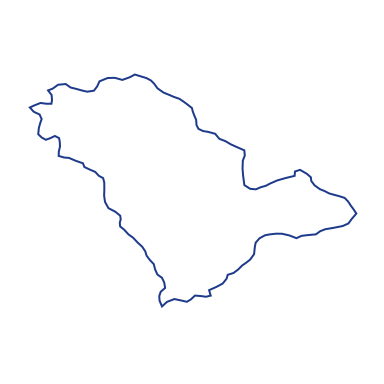 outline of Itapeva, Minas Gerais, Brazil, rotated 272°
{"feature_id": "56859067B98059266362656", "entity_name": "Itapeva", "entity_type": "district", "adm_level": 2, "iso_a3": "BRA", "parent_name": "Brazil", "parent_adm1": "Minas Gerais", "projection": "equal_earth", "projection_center": [-46.209, -22.707], "detail": "fine", "context": "isolated", "style": "outline", "palette": "blue", "viewbox_px": 384, "rotation_deg": 272, "n_neighbors": 0, "source": "geoboundaries", "source_scale": "gbopen_adm2", "svg_char_len": 2137}
<svg xmlns="http://www.w3.org/2000/svg" viewBox="0 0 384 384"><g transform="rotate(272 192 192)"><path d="M307.4,130.8L304.5,125.8L301.6,118.5L303.4,110.9L303.0,103.8L299.4,95.7L294.1,93.5L289.8,90.4L288.6,83.8L289.6,78.5L291.0,72.7L292.2,67.0L295.5,62.0L294.5,54.4L290.4,49.1L288.5,44.6L284.1,48.3L279.0,48.9L275.3,48.4L275.1,43.4L275.7,37.5L273.0,31.3L270.8,27.0L266.7,31.0L264.1,37.0L259.6,39.2L255.9,38.0L250.6,36.7L244.4,36.3L241.2,39.9L239.1,44.1L240.8,48.4L243.2,53.0L241.2,57.3L237.5,58.1L233.0,58.5L227.7,57.5L223.4,57.5L222.0,63.0L221.8,67.8L219.1,74.8L216.9,82.0L213.2,83.6L211.0,88.7L208.7,94.6L204.9,98.4L202.8,102.7L198.3,104.0L191.2,104.3L185.3,104.3L179.1,105.4L173.0,109.0L169.5,116.2L165.8,121.1L162.2,121.7L158.7,120.9L155.0,121.4L152.2,125.3L147.4,130.0L144.2,134.8L139.7,139.3L135.5,144.2L131.0,147.4L126.7,148.9L122.4,152.4L118.6,156.3L113.2,157.9L108.3,160.3L105.2,165.0L100.5,167.4L95.2,168.5L91.2,164.2L86.8,162.9L82.2,163.4L76.6,166.0L81.3,170.8L84.4,178.1L83.2,185.0L82.1,190.7L84.5,194.5L88.6,198.6L88.3,204.7L87.8,209.6L89.1,214.3L94.5,212.5L98.0,219.7L101.6,225.9L106.6,229.6L110.5,230.6L112.5,236.3L116.2,240.9L120.3,244.7L122.9,248.2L126.4,252.4L132.0,256.2L139.1,256.7L143.6,257.4L148.1,261.1L151.3,266.5L152.4,271.4L153.3,277.7L153.4,283.4L152.0,290.8L149.5,298.0L152.0,303.0L153.0,309.4L154.0,317.3L157.3,321.5L159.4,326.3L160.7,332.7L161.9,338.1L163.3,343.9L166.0,349.4L170.3,352.3L176.2,357.0L180.8,353.7L183.9,351.2L187.9,348.4L191.4,344.8L193.0,339.2L194.2,333.9L195.4,329.0L197.5,324.7L199.3,319.7L203.0,314.2L207.2,310.8L210.8,310.3L214.1,306.3L217.9,299.2L216.1,294.2L211.7,294.0L209.3,285.3L206.5,276.7L203.2,269.8L200.7,265.4L199.2,260.6L196.9,255.7L197.2,250.1L200.7,244.1L210.1,242.5L217.3,241.7L225.1,241.7L230.4,243.5L235.5,242.8L238.2,235.9L241.0,229.1L244.0,223.6L246.1,217.5L251.0,213.1L252.7,205.8L253.3,200.9L255.3,196.3L259.0,194.2L264.3,193.6L268.8,191.5L272.4,190.0L275.9,189.0L279.0,184.8L281.9,180.6L284.7,176.1L286.5,170.3L288.2,166.0L290.4,160.0L294.4,153.9L299.0,150.3L302.0,147.1L304.3,142.4L305.9,136.3L307.4,130.8Z" fill="none" stroke="#1e3a8a" stroke-width="2"/></g></svg>